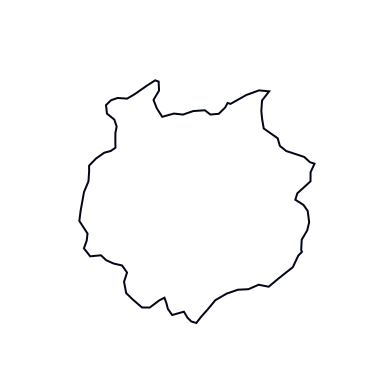 Hässleholm, Skåne, Sweden (Natural Earth projection), rotated 145°
{"feature_id": "70781695B37771083391359", "entity_name": "Hässleholm", "entity_type": "district", "adm_level": 2, "iso_a3": "SWE", "parent_name": "Sweden", "parent_adm1": "Skåne", "projection": "natural_earth1", "projection_center": [13.744, 56.208], "detail": "fine", "context": "isolated", "style": "outline", "palette": "ink", "viewbox_px": 384, "rotation_deg": 145, "n_neighbors": 0, "source": "geoboundaries", "source_scale": "gbopen_adm2", "svg_char_len": 1353}
<svg xmlns="http://www.w3.org/2000/svg" viewBox="0 0 384 384"><g transform="rotate(145 192 192)"><path d="M111.8,244.5L116.3,242.2L125.2,240.7L132.5,244.9L134.6,251.6L144.6,257.6L155.0,260.6L161.8,266.6L173.3,270.7L172.8,280.9L170.7,289.5L160.8,294.0L156.0,301.6L157.2,303.2L158.1,304.6L168.1,305.0L182.7,305.0L191.6,305.7L199.0,311.7L203.9,313.1L205.8,313.6L212.6,312.5L216.7,305.0L214.1,295.9L216.2,288.8L220.9,284.3L226.2,276.8L229.3,272.2L235.0,272.2L241.3,274.5L251.3,274.5L261.2,272.6L264.3,268.1L270.6,260.2L280.5,253.9L294.1,240.4L300.9,232.9L301.4,217.9L306.1,212.6L312.9,207.8L312.8,206.9L312.3,197.7L302.9,192.4L301.4,185.3L297.2,178.3L291.4,171.9L291.4,163.3L299.2,157.4L303.9,146.9L302.3,138.4L299.2,126.1L293.9,122.3L292.9,121.6L280.9,122.0L275.2,121.2L276.7,115.7L278.8,110.1L278.8,102.6L267.3,98.6L267.8,91.5L266.8,86.3L263.6,82.2L256.3,84.5L246.9,86.7L234.9,90.0L221.9,88.9L210.4,85.6L201.5,80.0L190.6,77.8L183.5,70.4L171.3,71.5L152.5,72.6L141.5,78.9L136.3,79.9L135.8,81.9L129.5,90.0L119.6,94.5L113.4,100.0L108.1,110.1L108.1,117.5L111.8,126.4L106.5,130.5L97.1,131.7L88.8,132.8L83.5,140.2L75.7,144.7L75.4,144.9L78.3,148.8L80.0,156.4L84.6,162.6L91.3,171.5L93.6,179.4L91.0,186.8L96.8,202.9L92.7,211.6L88.7,218.7L82.1,226.8L71.1,230.2L78.8,236.8L91.9,240.3L109.9,242.1L111.8,244.5Z" fill="none" stroke="#020617" stroke-width="2"/></g></svg>